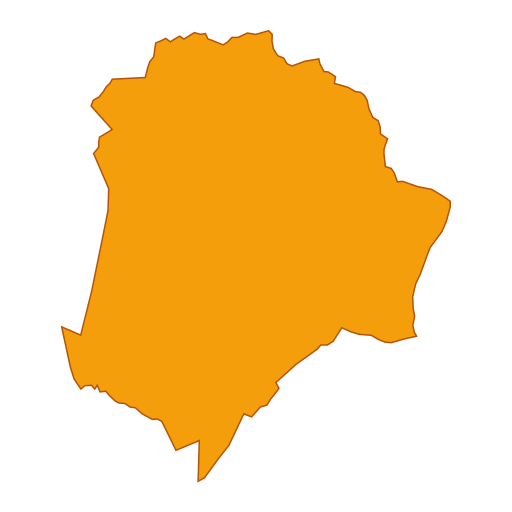 Acari, Rio Grande do Norte, Brazil (Mercator projection)
{"feature_id": "56859067B32204928658001", "entity_name": "Acari", "entity_type": "district", "adm_level": 2, "iso_a3": "BRA", "parent_name": "Brazil", "parent_adm1": "Rio Grande do Norte", "projection": "mercator", "projection_center": [-36.64, -6.424], "detail": "fine", "context": "isolated", "style": "filled", "palette": "amber", "viewbox_px": 512, "rotation_deg": 0, "n_neighbors": 0, "source": "geoboundaries", "source_scale": "gbopen_adm2", "svg_char_len": 1771}
<svg xmlns="http://www.w3.org/2000/svg" viewBox="0 0 512 512"><path d="M305.0,61.2L292.0,66.0L286.9,63.7L283.6,58.0L277.7,55.7L273.4,48.9L272.0,41.2L272.2,34.4L268.6,30.7L255.8,34.4L247.4,33.0L238.1,37.4L232.0,37.4L227.3,42.3L223.0,44.8L211.8,40.3L207.9,38.9L205.4,33.5L200.6,34.4L194.3,32.6L189.2,35.8L183.9,39.1L179.8,36.2L174.6,39.0L170.4,41.8L165.7,38.4L161.3,40.7L155.7,43.0L153.7,56.8L149.8,61.6L147.5,68.4L145.3,77.5L112.3,79.2L109.9,83.4L106.4,86.6L103.3,91.6L99.0,97.0L93.3,100.2L91.1,106.0L112.1,129.5L107.1,132.6L99.5,137.2L98.6,142.7L98.8,147.1L93.6,153.5L108.7,188.6L108.0,210.8L101.7,242.1L91.7,291.0L80.7,335.1L61.7,326.9L70.3,366.9L74.1,379.0L80.9,389.0L84.8,385.7L91.5,385.3L94.7,389.1L97.2,385.3L100.1,391.9L105.8,391.2L109.6,395.8L115.2,401.0L119.1,403.0L125.0,403.5L129.9,407.0L135.4,407.8L142.3,413.9L152.3,419.4L157.3,419.0L161.8,421.4L176.0,450.3L199.3,440.5L198.1,481.3L204.5,477.8L218.5,458.5L228.8,445.5L239.5,423.0L243.8,413.9L251.6,416.9L260.3,407.0L266.9,405.1L270.7,399.0L274.3,394.6L279.0,388.3L275.8,382.6L296.2,364.2L317.2,349.2L320.8,345.0L327.3,345.0L333.1,341.4L341.8,327.8L351.7,332.1L359.5,334.4L371.4,335.3L378.2,339.4L385.0,342.1L391.1,342.7L396.4,341.2L404.3,338.9L416.6,336.2L414.4,332.4L412.8,325.3L414.7,316.2L413.2,308.9L412.7,296.7L415.7,283.9L420.2,274.3L427.0,255.7L430.3,247.3L441.8,231.8L446.4,221.2L450.3,206.7L450.2,201.2L441.9,195.5L431.5,189.3L417.9,186.7L402.4,181.3L397.4,181.9L394.4,173.2L391.2,168.4L385.4,166.6L384.0,154.3L384.0,149.6L385.2,145.3L387.6,138.9L380.5,133.9L380.2,127.2L378.2,120.7L372.8,117.5L369.0,108.9L367.1,100.2L364.4,95.4L360.5,92.3L355.4,91.6L347.9,87.3L334.4,83.4L335.5,76.7L328.2,71.9L324.0,71.6L319.9,63.8L318.8,58.9L305.0,61.2Z" fill="#f59e0b" stroke="#b45309" stroke-width="1.5"/></svg>